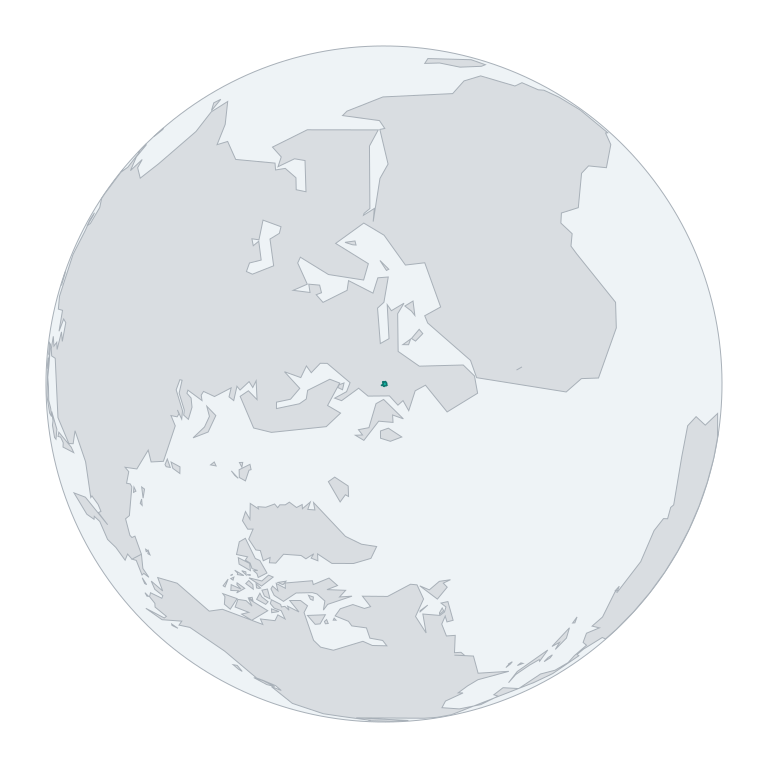 globe centered on Ardennes, rotated 233°
{"feature_id": "FRA-5268", "entity_name": "Ardennes", "entity_type": "Metropolitan department", "adm_level": 1, "iso_a3": "FRA", "parent_name": "France", "parent_adm1": "", "projection": "orthographic", "projection_center": [4.734, 49.698], "detail": "fine", "context": "on_globe", "style": "filled", "palette": "teal", "viewbox_px": 768, "rotation_deg": 233, "n_neighbors": 0, "source": "natural_earth", "source_scale": "10m", "svg_char_len": 11502}
<svg xmlns="http://www.w3.org/2000/svg" viewBox="0 0 768 768"><g transform="rotate(233 384 384)"><circle cx="384" cy="384" r="338" fill="#eef3f6" stroke="#a8b0b8"/><path d="M48.2,421.6L48.0,418.8L47.1,407.5L50.2,405.7L52.2,383.8L51.8,375.4L49.7,376.1L51.2,344.5L55.4,324.0L79.3,238.8L85.9,225.7L92.7,215.2L134.1,160.9L100.6,201.0L110.3,186.6L124.4,169.0L124.2,170.1L143.9,150.2L157.2,137.1L184.1,118.6L210.0,112.0L201.1,117.5L208.3,115.9L219.9,109.2L225.8,105.3L266.5,96.0L306.4,82.5L314.8,75.2L316.3,79.8L329.3,64.9L348.2,58.8L329.4,67.7L329.4,70.4L343.6,66.9L346.7,69.0L355.3,68.8L357.8,71.9L346.6,77.6L348.0,80.0L357.9,77.4L366.7,79.5L351.9,82.7L365.6,86.8L349.4,98.9L307.8,107.7L301.3,119.4L264.9,142.5L270.7,143.9L260.6,154.5L263.5,160.3L255.9,163.6L264.8,165.5L271.1,161.4L277.1,161.1L279.4,164.3L270.2,168.8L267.7,167.9L266.1,171.0L260.5,172.0L264.6,173.3L253.1,178.9L267.8,178.4L261.4,187.0L252.9,189.4L249.6,182.6L221.7,173.5L212.0,175.0L201.8,183.4L191.2,212.3L182.2,217.3L173.2,228.7L180.0,228.6L189.5,219.8L199.8,223.2L210.2,212.7L215.9,212.8L228.2,205.4L230.8,213.8L226.6,226.4L216.5,233.3L214.3,239.3L227.5,239.1L212.2,259.0L208.1,284.7L203.7,289.5L188.5,286.2L179.4,269.3L159.8,267.8L176.9,276.6L165.5,289.4L165.5,295.1L168.7,299.3L174.7,297.7L171.8,304.1L153.7,297.0L156.1,291.1L161.8,293.2L157.5,285.6L145.2,282.2L140.4,289.6L127.0,278.6L123.4,284.0L118.5,285.1L125.1,277.0L112.9,291.7L96.4,285.1L79.4,310.8L91.3,281.0L92.6,269.0L92.7,257.4L89.7,261.2L93.8,242.3L90.6,235.5L79.2,248.6L69.7,268.4L66.1,287.2L69.7,284.7L69.8,296.3L59.7,308.3L58.2,334.5L52.5,348.3L50.7,363.4L52.5,372.7L53.5,388.5L57.8,387.5L63.1,395.7L59.6,409.3L65.4,404.5L66.4,418.3L79.2,443.9L77.3,444.9L87.6,482.1L104.4,511.5L108.3,526.2L105.7,529.4L112.9,538.7L113.1,542.6L146.6,577.9L167.9,601.4L170.1,613.6L157.8,615.8L159.7,632.7L141.2,618.7L143.3,621.2L126.4,602.8L111.0,583.1L97.0,562.3L84.6,540.6L73.8,518.0L64.7,494.7L57.4,470.7L51.9,446.3L48.2,421.6ZM74.2,317.4L73.0,354.7L68.9,341.4L70.5,342.1L71.9,330.9L72.7,314.3L70.5,303.7L74.2,317.4ZM84.3,316.1L84.2,310.7L85.0,315.0L84.3,316.1ZM227.9,103.3L219.8,108.9L208.2,114.6L214.5,109.5L227.9,103.3ZM250.6,94.6L247.6,97.4L239.8,97.8L243.9,96.1L250.6,94.6ZM320.1,70.0L312.9,72.4L318.8,69.4L320.1,70.0ZM356.1,68.2L357.2,67.0L361.2,67.5L356.1,68.2ZM226.0,201.3L227.0,203.3L224.2,203.6L226.0,201.3ZM230.4,196.4L226.3,195.3L227.8,192.9L230.2,193.5L230.4,196.4ZM368.7,72.8L374.8,74.3L366.6,73.7L368.7,72.8ZM235.0,198.3L230.9,188.6L233.5,184.4L245.2,183.6L235.0,198.3ZM377.1,75.8L392.2,80.0L395.8,77.3L394.0,87.8L381.8,80.4L371.1,79.9L377.3,78.2L377.1,75.8ZM272.1,158.8L265.5,163.2L268.9,156.7L272.1,158.8ZM272.9,154.7L274.9,136.2L285.9,131.8L283.0,138.6L295.5,130.9L299.9,137.7L294.0,143.5L286.0,144.9L293.8,146.6L272.9,154.7ZM390.6,93.3L392.6,95.4L388.4,94.3L390.6,93.3ZM279.8,160.4L279.2,156.9L288.7,152.7L291.6,159.0L287.6,158.3L279.8,160.4ZM296.7,125.7L304.2,124.0L309.9,129.0L313.6,129.1L301.0,137.5L296.7,125.7ZM286.6,160.9L292.8,162.4L290.4,167.5L281.0,163.7L286.6,160.9ZM290.0,149.0L294.6,147.4L293.0,150.3L290.0,149.0ZM285.5,187.1L284.5,182.5L289.4,179.8L285.5,187.1ZM295.3,162.7L296.1,161.0L297.9,159.5L301.4,161.6L295.3,162.7ZM305.8,140.6L306.6,143.2L311.3,137.4L315.7,141.2L306.4,146.3L312.3,145.8L313.6,147.0L304.6,149.8L305.8,140.6ZM310.4,159.5L300.2,167.9L300.8,176.8L296.5,179.3L296.3,164.6L310.4,159.5ZM307.8,153.5L308.4,157.7L302.7,158.5L298.8,156.1L307.8,153.5ZM322.0,142.1L317.6,134.9L319.7,134.1L322.0,142.1ZM311.7,161.9L314.1,159.8L312.4,162.4L311.7,161.9ZM320.1,147.9L318.2,145.4L320.8,144.5L320.1,147.9ZM320.5,158.0L317.2,160.6L314.4,159.0L320.5,158.0ZM321.2,153.3L325.1,152.7L315.4,156.8L320.0,152.2L321.2,153.3ZM322.8,147.5L323.6,146.2L323.2,148.7L322.8,147.5ZM333.0,163.1L321.5,168.7L315.3,165.0L327.4,159.9L333.0,163.1ZM712.5,304.8L711.5,300.8L711.3,309.9L716.5,329.0L717.0,326.8L718.9,338.8L718.3,335.5L718.1,338.3L714.4,322.9L707.0,309.9L708.8,326.0L705.0,317.4L695.1,313.2L695.5,336.3L698.8,385.8L705.3,409.8L703.7,429.2L686.9,413.4L675.6,394.7L671.8,405.1L652.6,400.7L626.0,429.9L620.2,426.2L615.6,434.9L601.7,437.8L592.0,430.8L584.5,437.4L610.0,455.4L617.7,448.1L621.3,430.1L627.2,438.6L640.3,437.5L633.2,475.7L590.4,532.3L582.8,515.6L532.6,478.3L532.3,470.9L531.9,470.2L531.1,469.1L530.0,481.9L520.2,473.1L550.6,504.5L557.2,519.6L589.8,533.9L587.6,538.4L597.1,538.9L623.3,512.4L624.2,518.6L613.9,555.9L574.6,613.6L577.9,630.3L571.9,646.6L543.2,667.9L541.6,675.5L526.2,684.2L522.4,688.5L507.7,696.4L484.7,705.6L450.0,713.9L451.1,712.0L438.7,709.2L422.9,691.8L435.1,678.6L433.4,668.6L407.9,645.3L413.8,628.6L406.1,622.1L390.8,624.7L381.6,616.3L372.0,616.2L309.9,618.1L289.0,603.3L259.7,558.9L269.5,544.9L268.0,524.7L333.3,461.8L350.8,467.3L406.4,455.6L414.0,457.6L411.4,475.6L456.3,489.5L466.1,472.7L502.8,473.6L524.7,464.7L525.4,430.0L489.5,443.9L479.3,430.3L504.9,405.5L535.6,393.5L532.6,387.9L509.9,382.8L513.5,367.8L501.6,380.0L509.0,384.0L501.7,392.1L494.5,389.0L496.1,383.6L485.9,384.4L481.0,410.9L487.9,417.9L463.2,429.9L472.5,443.0L466.9,451.8L449.3,433.1L448.5,424.5L418.5,405.4L417.2,415.3L445.4,434.3L438.1,434.0L436.5,448.6L431.9,437.2L401.5,414.9L377.0,422.9L351.5,458.7L336.0,461.1L320.3,453.2L323.7,417.6L358.1,416.4L359.8,404.8L347.8,387.7L359.3,389.2L358.7,382.4L371.2,381.2L383.9,364.0L395.9,361.2L396.2,340.1L402.4,336.1L400.4,349.5L405.5,357.7L434.6,351.1L438.9,345.6L436.8,332.7L445.1,332.9L439.2,321.4L453.7,311.9L431.2,314.1L428.1,300.2L434.2,287.2L429.1,283.3L419.1,304.6L418.8,312.9L424.9,319.2L420.4,343.6L411.4,349.2L400.8,326.0L386.9,331.8L384.7,312.2L413.1,265.0L427.3,253.4L460.7,261.7L460.2,271.6L447.9,273.2L463.5,283.8L460.2,277.1L467.1,277.7L465.8,265.4L470.7,265.2L461.2,254.0L467.0,252.5L472.9,259.6L476.0,241.1L486.7,235.4L485.1,231.3L480.3,228.7L497.1,223.7L495.2,221.0L488.9,221.5L481.0,216.7L473.5,206.5L479.7,205.3L483.3,208.8L500.0,214.9L508.5,225.0L510.3,223.6L504.4,214.5L483.9,207.0L477.7,201.3L487.6,203.4L483.5,202.2L482.3,199.0L487.0,194.9L476.2,192.1L455.0,161.3L461.9,151.1L473.1,155.9L464.9,135.5L473.3,127.1L467.6,127.4L459.7,118.7L456.9,121.2L453.6,120.7L432.1,101.4L431.9,96.5L416.1,90.0L413.1,90.3L412.4,93.5L394.0,87.8L395.8,77.3L402.5,76.9L399.1,71.2L414.8,71.5L426.2,69.7L445.3,74.3L452.7,73.0L450.5,71.0L458.8,68.3L483.6,70.9L473.3,77.4L437.9,78.6L453.2,78.5L452.6,81.3L459.9,83.2L470.4,83.4L469.8,81.5L501.5,98.9L532.6,109.1L523.4,99.8L526.1,96.5L553.4,103.4L602.4,136.9L606.4,135.5L612.3,139.4L621.1,148.6L612.9,143.2L614.3,147.8L608.3,143.7L619.7,157.8L611.6,152.7L624.5,166.8L628.7,167.3L621.7,156.2L636.3,171.6L639.8,169.0L649.4,177.7L674.6,213.6L686.4,237.9L689.0,242.6L688.9,246.1L696.0,263.2L702.1,270.1L704.0,275.5L712.5,304.8ZM315.4,498.2L314.6,504.5L315.4,498.2ZM571.6,396.4L587.7,386.0L574.4,370.9L579.5,365.9L573.1,362.8L573.4,369.9L556.9,360.5L561.6,349.4L556.6,341.8L550.9,345.0L544.8,367.0L568.4,380.2L567.3,391.1L571.6,396.4ZM79.8,444.5L80.9,450.2L78.5,446.1L79.8,444.5ZM65.9,344.8L66.8,350.6L66.4,355.5L65.3,352.0L65.9,344.8ZM79.6,390.8L81.8,398.0L78.4,392.7L79.6,390.8ZM73.3,360.2L77.7,385.4L71.3,376.8L68.9,361.1L72.0,368.7L73.3,360.2ZM78.9,321.1L78.9,325.5L77.2,326.9L78.9,321.1ZM85.0,319.3L84.6,318.2L85.6,314.5L85.0,319.3ZM166.6,289.8L167.9,290.6L170.1,295.7L166.8,295.1L166.6,289.8ZM193.1,309.4L187.7,319.3L189.3,311.5L183.7,312.2L180.1,297.2L201.3,291.1L192.3,296.3L193.1,309.4ZM181.2,276.3L181.1,285.9L180.3,275.7L181.2,276.3ZM342.8,348.6L348.6,352.9L346.1,360.9L331.0,366.3L334.4,354.6L342.8,348.6ZM357.5,357.4L351.1,334.0L360.3,330.3L356.2,336.2L362.9,336.1L358.2,345.7L373.1,365.8L371.9,374.4L344.5,378.5L354.1,372.2L347.9,368.1L357.5,357.4ZM318.8,286.5L316.2,278.0L339.5,280.8L339.3,288.6L324.1,294.0L315.5,288.0L318.8,286.5ZM256.4,199.4L253.9,197.1L256.4,195.7L260.7,196.5L256.4,199.4ZM284.6,185.2L270.0,208.4L266.4,206.8L262.1,223.3L251.0,225.6L254.1,214.7L242.3,229.2L240.7,220.3L233.8,230.8L241.9,206.4L239.9,199.5L246.3,206.2L256.7,204.1L260.5,201.2L270.0,188.0L270.9,172.9L281.3,169.1L288.4,170.4L289.7,173.4L282.6,174.8L289.6,177.9L280.2,182.3L284.6,185.2ZM365.5,196.6L356.6,195.5L369.1,205.3L359.8,208.6L361.9,209.5L356.7,215.4L354.0,224.4L349.2,224.7L350.2,228.1L346.9,232.4L346.6,237.3L338.0,239.8L337.0,246.1L333.5,243.8L334.1,254.1L329.7,247.7L325.0,253.0L331.7,256.4L285.5,261.5L269.6,269.6L258.6,280.3L252.6,268.6L259.0,251.6L272.1,234.4L288.3,228.7L282.6,224.8L288.8,221.0L290.7,225.7L291.4,216.4L296.9,214.6L308.5,201.3L306.1,189.8L310.2,184.9L314.0,188.6L315.5,181.2L325.4,185.0L328.6,181.8L341.5,182.6L346.9,192.1L350.1,187.8L360.0,188.7L365.5,196.6ZM336.6,163.6L345.1,173.5L344.2,180.4L322.1,176.2L317.8,178.6L303.5,176.8L305.2,167.1L309.1,168.4L313.3,167.5L311.1,170.9L316.0,167.5L321.5,169.3L326.8,167.3L328.1,171.0L336.6,163.6ZM420.2,449.9L425.7,449.8L433.7,447.6L432.8,457.1L420.2,449.9ZM399.3,435.0L403.8,433.3L406.5,445.0L400.9,445.3L399.3,435.0ZM404.1,422.7L403.9,432.3L400.6,427.3L404.1,422.7ZM404.4,347.4L409.0,345.0L410.4,347.8L408.9,352.7L404.4,347.4ZM400.5,228.6L395.6,226.3L396.4,224.3L390.0,215.0L396.4,212.2L402.7,216.7L400.5,228.6ZM520.6,438.1L515.7,446.9L511.8,445.3L514.2,442.6L520.6,438.1ZM473.2,454.3L485.1,455.1L472.8,456.9L473.2,454.3ZM406.4,224.0L403.1,220.4L408.3,221.3L406.4,224.0ZM400.7,209.8L406.5,209.8L396.4,210.8L400.7,209.8ZM617.5,614.9L590.5,648.8L578.0,657.1L579.1,653.0L591.3,635.4L606.9,621.6L615.5,609.5L617.5,614.9ZM721.2,362.1L720.4,360.6L720.1,351.7L720.1,349.2L721.2,362.1ZM706.2,410.7L711.0,417.3L709.6,425.0L706.2,410.7ZM692.3,248.3L695.0,255.8L693.5,253.1L689.0,242.0L692.3,248.3ZM656.8,185.7L662.9,193.5L665.6,197.4L663.9,195.4L656.8,185.7ZM455.9,199.1L457.7,214.8L463.2,225.1L472.9,229.1L460.0,230.7L451.5,214.6L455.9,199.1ZM454.5,165.8L446.0,163.1L449.0,160.3L451.4,160.6L454.5,165.8ZM449.8,167.0L440.6,171.2L435.4,167.1L443.7,164.6L449.8,167.0ZM423.8,196.8L423.9,201.5L419.6,200.6L423.8,196.8ZM607.2,131.6L604.0,129.6L598.5,124.5L602.3,127.2L607.2,131.6ZM577.6,107.8L596.0,122.6L610.2,135.6L609.2,133.8L618.4,141.7L616.3,141.5L601.3,128.3L591.7,119.5L583.8,114.4L572.7,106.4L565.0,103.1L558.1,98.9L562.1,99.5L577.6,107.8ZM562.1,102.1L544.7,95.5L537.3,88.8L539.5,88.7L550.6,94.4L553.8,97.5L562.1,102.1ZM538.3,92.1L541.2,95.3L521.9,96.2L515.9,94.9L526.8,89.7L530.2,92.5L536.2,93.8L538.3,92.1ZM395.5,94.2L392.8,95.3L393.2,93.2L395.5,94.2ZM452.2,122.3L447.7,121.4L448.2,118.7L452.2,122.3ZM435.4,117.5L438.0,121.2L432.6,117.8L435.4,117.5ZM444.2,129.5L437.8,122.9L447.6,128.5L444.2,129.5Z" fill="#d9dde1" stroke="#a8b0b8" stroke-width="1"/><path d="M384.3,381.3L384.5,381.3L384.5,381.5L384.4,381.7L384.4,381.8L384.4,382.0L384.2,382.4L384.2,382.5L384.4,382.6L384.5,382.7L384.5,382.8L384.4,383.0L384.4,383.4L384.5,383.5L384.8,383.4L385.0,383.5L385.3,383.7L385.5,384.0L385.8,384.1L386.0,384.0L386.2,384.3L386.1,384.5L386.3,384.5L386.3,384.4L386.5,384.5L386.4,384.7L386.2,384.9L385.8,384.8L385.7,384.8L385.6,384.7L385.4,384.8L385.4,385.0L385.3,385.3L385.4,385.5L385.5,385.6L385.4,385.7L385.4,385.9L385.3,386.0L385.2,386.2L385.2,386.3L385.2,386.5L384.9,386.7L384.7,386.6L384.4,386.7L384.0,386.6L383.6,386.7L383.4,386.4L382.9,386.5L382.6,386.2L382.4,386.2L381.9,385.8L381.8,385.7L381.4,385.7L381.5,385.5L381.4,385.4L381.4,385.2L381.5,385.0L381.4,384.9L381.5,384.8L381.5,384.7L381.4,384.7L381.4,384.4L381.5,384.3L381.7,384.2L381.8,384.1L382.0,383.9L382.1,383.7L382.0,383.3L382.1,383.2L382.1,382.9L382.0,382.7L382.3,382.4L382.8,382.6L383.0,382.6L383.5,382.3L383.7,382.2L383.8,382.1L383.8,381.9L383.8,381.7L384.2,381.3L384.3,381.3Z" fill="#14b8a6" stroke="#0f766e" stroke-width="1.5"/></g></svg>